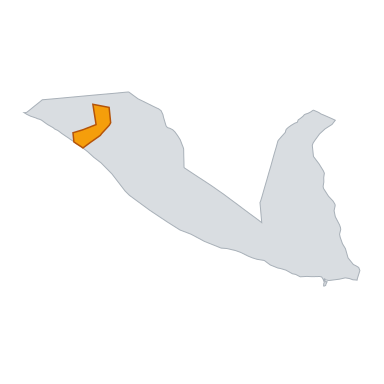 Jubbada Dhexe on a map of Somalia (Natural Earth projection), rotated 85°
{"feature_id": "SOM-2315", "entity_name": "Jubbada Dhexe", "entity_type": "Region", "adm_level": 1, "iso_a3": "SOM", "parent_name": "Somalia", "parent_adm1": "", "projection": "natural_earth1", "projection_center": [42.85, 1.13], "detail": "fine", "context": "in_parent", "style": "filled", "palette": "amber", "viewbox_px": 384, "rotation_deg": 85, "n_neighbors": 0, "source": "natural_earth", "source_scale": "10m", "svg_char_len": 2691}
<svg xmlns="http://www.w3.org/2000/svg" viewBox="0 0 384 384"><g transform="rotate(85 192 192)"><path d="M98.4,350.5L98.1,349.5L96.2,346.6L92.6,341.3L89.9,337.2L87.1,333.1L87.1,329.7L87.1,319.9L87.0,300.1L86.9,280.4L86.9,260.6L86.8,250.7L86.8,246.7L87.1,246.0L90.3,242.4L94.5,237.6L100.0,228.5L103.0,223.6L105.5,219.4L106.1,218.2L108.3,215.7L112.4,214.2L115.0,213.9L123.8,212.1L125.1,211.3L125.9,210.4L126.6,208.5L128.4,205.7L130.6,203.8L134.8,201.3L138.9,199.2L139.9,198.9L144.8,197.5L146.0,197.1L148.1,196.6L148.9,196.6L155.8,197.1L161.2,197.4L166.7,197.8L167.3,197.5L171.2,192.6L177.4,184.8L181.3,179.8L187.4,172.1L192.1,166.5L197.3,160.3L202.3,154.7L208.3,147.9L212.1,143.7L218.0,137.1L223.6,130.7L228.6,125.2L221.7,125.2L215.0,125.2L208.4,125.2L207.2,124.5L201.7,122.3L194.6,119.6L185.9,116.2L179.6,113.8L173.0,111.2L166.3,108.7L161.0,106.7L154.4,104.1L148.7,102.0L147.9,101.4L144.7,98.1L140.6,93.7L139.8,93.6L137.8,92.7L136.0,90.4L134.2,87.3L132.4,83.6L131.7,81.0L129.4,79.9L128.3,77.9L126.3,74.9L124.8,73.4L124.3,72.1L123.7,69.5L122.5,66.6L121.4,64.8L121.1,64.1L121.2,63.6L123.3,59.7L124.2,58.3L125.3,57.0L126.1,55.6L126.5,54.7L129.0,50.1L131.2,46.1L133.0,43.0L136.9,46.6L140.7,53.9L145.2,59.8L151.4,65.2L153.8,67.1L156.0,68.1L167.2,67.9L175.2,62.9L182.4,59.3L184.8,58.5L189.0,59.5L193.6,59.8L197.8,60.9L199.9,60.7L208.1,56.4L213.3,52.3L216.8,50.6L218.2,50.6L223.0,52.1L229.1,51.4L237.6,47.9L240.3,47.2L242.3,47.1L246.9,48.7L247.7,48.6L250.1,48.3L256.7,46.6L261.8,44.1L271.2,42.3L278.3,37.6L279.6,35.4L281.7,32.5L284.9,31.6L292.9,34.9L294.2,35.2L293.8,37.2L293.5,39.3L291.9,42.8L290.9,46.8L291.7,52.9L292.1,62.7L291.9,64.2L291.4,65.6L291.2,66.7L290.3,67.1L290.0,67.7L290.6,68.0L293.1,66.9L293.0,65.7L293.2,65.2L295.3,66.5L296.7,67.0L297.2,68.2L297.1,69.1L294.7,68.7L293.5,68.1L290.0,69.1L287.9,70.3L287.3,72.2L286.8,79.9L286.1,85.0L285.9,91.6L283.1,96.0L282.2,99.1L278.0,105.3L275.9,110.6L275.2,113.1L271.5,120.4L266.5,126.0L264.7,133.1L262.9,137.5L260.8,141.6L256.4,148.8L254.1,153.8L251.3,162.4L250.4,167.9L242.3,183.9L234.0,196.6L228.8,207.3L219.4,219.6L206.6,235.6L189.9,254.6L185.3,258.5L167.0,270.2L155.0,280.1L149.0,286.7L142.6,292.6L137.5,298.1L122.2,316.8L120.6,318.5L119.1,320.2L117.2,323.4L115.9,324.6L112.2,330.0L109.9,332.7L107.4,335.5L106.3,337.4L105.5,339.6L104.7,340.9L102.4,346.2L100.3,349.7L98.3,352.4L98.4,350.5Z" fill="#d9dde1" stroke="#a8b0b8" stroke-width="1"/><path d="M138.6,296.9L137.5,298.1L133.8,302.9L131.8,305.3L131.7,305.3L122.6,305.4L120.6,295.8L116.5,281.7L111.8,282.0L96.0,283.1L100.5,267.2L115.9,267.0L118.3,268.6L126.0,277.0L127.6,278.4L133.5,288.5L135.1,291.1L138.6,296.8L138.6,296.9Z" fill="#f59e0b" stroke="#b45309" stroke-width="1.5"/></g></svg>